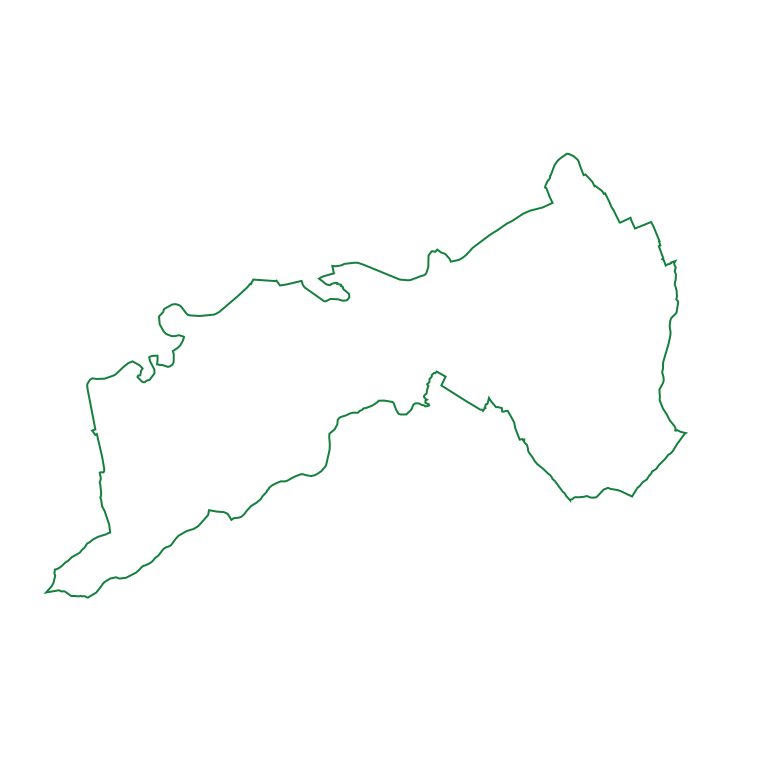 the district of Turceni, Gorj, Romania, rotated 278°
{"feature_id": "2599482B55128602353314", "entity_name": "Turceni", "entity_type": "district", "adm_level": 2, "iso_a3": "ROU", "parent_name": "Romania", "parent_adm1": "Gorj", "projection": "albers", "projection_center": [23.338, 44.708], "detail": "fine", "context": "isolated", "style": "outline", "palette": "green", "viewbox_px": 768, "rotation_deg": 278, "n_neighbors": 0, "source": "geoboundaries", "source_scale": "gbopen_adm2", "svg_char_len": 6144}
<svg xmlns="http://www.w3.org/2000/svg" viewBox="0 0 768 768"><g transform="rotate(278 384 384)"><path d="M619.5,554.4L618.6,552.6L628.4,547.2L630.9,546.2L633.1,544.4L636.0,540.1L637.5,535.0L637.5,533.1L631.2,526.4L628.9,524.7L624.4,522.4L614.0,520.1L613.1,519.5L611.7,519.8L609.4,519.0L607.9,517.8L603.0,516.3L601.0,516.1L600.6,517.5L592.2,522.1L586.8,525.7L580.8,516.4L576.0,504.6L572.0,498.1L563.7,488.7L559.7,483.1L552.0,474.8L546.6,468.3L531.0,452.7L523.4,447.6L519.9,444.3L517.3,440.9L514.5,433.3L517.3,431.3L521.0,427.0L521.6,425.4L522.2,422.1L524.5,418.0L522.1,416.4L522.2,412.9L517.5,410.2L505.9,411.6L499.4,410.4L498.0,409.4L497.0,408.0L496.2,405.9L493.0,400.3L492.1,398.1L491.1,396.9L490.1,393.8L489.6,385.2L499.4,346.6L500.4,341.2L500.0,338.0L497.4,327.9L496.1,326.3L494.7,322.9L493.9,319.9L493.7,316.4L486.6,319.0L482.2,309.0L480.5,306.4L479.2,305.0L477.1,309.1L475.0,312.2L474.5,314.1L474.3,316.9L475.7,317.9L477.4,321.7L477.5,323.5L476.7,323.5L476.2,327.8L475.0,327.8L474.4,329.7L472.8,330.2L471.7,331.4L468.4,336.8L465.2,337.6L462.3,336.2L461.4,334.7L460.7,331.3L461.5,327.1L460.8,319.1L457.8,314.9L457.6,313.3L468.6,291.9L471.1,289.7L474.6,288.0L469.0,273.6L467.1,267.3L471.4,263.2L470.8,262.2L469.2,240.0L464.3,238.3L464.6,237.5L461.0,235.4L450.4,226.8L432.3,210.7L430.1,207.9L429.0,205.7L425.7,192.1L425.0,183.1L425.1,180.3L426.4,178.4L432.5,172.2L433.6,170.1L434.1,166.5L433.3,163.3L428.1,156.4L427.5,155.8L424.3,155.2L419.6,151.8L411.8,153.6L405.3,158.6L403.2,161.3L401.9,166.8L402.2,169.9L403.8,174.3L403.0,179.2L402.7,179.5L399.0,178.8L394.2,177.0L391.5,175.1L387.2,170.3L384.7,171.5L379.6,172.3L376.4,172.6L373.7,171.8L371.6,169.4L370.9,167.7L372.0,161.4L371.5,159.6L372.0,157.7L371.8,156.6L377.6,156.3L380.5,155.7L379.7,151.0L378.5,148.4L377.8,147.8L373.9,149.2L366.4,154.6L362.5,155.2L355.5,151.3L354.5,148.9L352.5,146.7L352.3,145.3L352.6,144.2L356.3,139.2L357.1,138.9L358.1,139.4L358.4,140.9L358.8,141.4L363.1,141.6L365.8,142.8L368.5,139.4L371.4,131.8L369.1,127.9L364.6,123.6L356.7,117.4L355.0,115.5L350.4,106.6L349.0,98.7L349.0,94.4L347.4,92.4L343.3,90.4L341.5,90.2L337.3,91.3L298.8,104.5L297.2,101.5L293.4,105.2L294.5,106.6L272.7,115.0L261.2,118.7L259.0,119.0L257.5,118.5L257.0,115.2L256.4,114.8L252.1,116.5L249.8,116.7L246.9,116.1L245.4,116.9L237.1,119.0L233.8,119.4L232.5,118.9L231.3,119.2L230.3,119.9L223.6,121.9L219.0,125.2L206.6,131.4L198.7,133.5L197.9,131.7L196.5,129.8L193.0,122.3L189.5,117.4L186.4,114.6L184.8,112.3L180.1,110.1L178.0,108.2L174.6,106.2L169.2,99.1L165.1,95.9L162.7,93.1L158.7,90.1L156.6,87.9L154.7,85.0L154.5,83.9L150.6,84.0L148.4,85.1L141.2,84.4L137.8,83.2L130.5,78.4L134.5,90.8L133.7,93.5L134.2,96.0L134.0,97.1L130.5,103.9L131.0,106.8L131.2,111.2L131.9,113.2L131.7,114.6L132.2,116.8L132.0,118.2L131.2,119.7L131.3,120.5L137.4,128.1L143.1,131.5L147.3,133.5L149.3,135.2L153.1,139.7L155.3,145.5L154.5,149.1L156.2,155.5L162.7,164.7L166.0,167.6L169.0,169.5L170.5,171.1L171.6,173.7L174.4,177.6L176.4,179.5L179.7,181.5L182.8,184.5L190.0,188.6L192.0,191.0L193.6,194.3L195.2,195.8L201.4,199.1L205.1,201.6L211.0,209.2L213.8,215.4L216.4,218.7L218.3,220.5L229.8,228.1L234.7,228.3L234.4,235.7L234.8,243.3L234.2,245.9L233.3,247.6L228.2,251.8L230.2,253.9L231.5,259.0L232.8,261.3L235.4,263.6L239.5,265.8L244.8,269.5L248.8,274.4L252.9,278.0L255.7,279.2L260.9,282.8L262.1,283.0L264.1,284.5L265.4,284.8L268.1,287.4L270.8,291.1L273.3,295.5L273.6,298.9L274.6,301.4L279.6,308.0L283.1,314.2L283.3,316.7L282.8,320.0L282.7,324.6L283.9,327.8L285.3,330.0L288.9,334.0L294.1,337.4L296.0,338.0L311.4,339.3L317.0,338.7L324.0,337.1L327.2,336.9L332.3,341.5L337.4,343.4L342.0,343.2L344.1,344.3L345.3,345.8L347.8,351.1L349.5,353.4L350.9,356.1L351.6,358.9L351.8,362.0L354.1,363.9L355.4,366.0L356.9,367.0L358.0,370.1L360.9,375.3L364.7,379.6L366.8,381.3L367.6,386.7L367.4,394.8L367.0,395.7L366.1,396.4L360.5,399.4L356.6,402.4L356.1,404.6L357.0,410.4L361.7,414.1L364.2,415.3L365.5,415.3L367.6,416.0L369.3,417.9L369.6,421.5L368.4,424.4L368.5,426.4L367.5,428.1L368.7,431.1L369.0,431.6L370.1,431.2L371.2,427.6L373.4,427.4L374.4,428.7L374.7,427.7L376.6,425.4L377.4,425.3L378.8,425.9L380.6,427.5L384.5,427.5L388.4,428.2L389.5,426.8L389.9,426.8L392.2,428.7L395.5,428.4L396.9,429.7L398.3,430.3L399.6,430.1L400.9,431.1L402.0,432.3L401.9,433.0L402.4,433.7L403.6,434.4L399.9,444.0L390.5,441.0L378.4,467.9L372.0,483.0L372.2,484.6L371.1,485.8L373.3,486.9L374.0,486.8L374.3,487.8L376.0,487.3L378.0,487.7L378.5,489.0L379.4,489.3L384.8,489.9L381.5,492.7L376.6,498.2L377.0,499.6L376.6,504.0L373.2,504.9L373.2,506.2L374.6,509.3L374.6,510.3L364.2,518.2L358.4,520.2L347.8,526.1L348.8,528.9L347.6,529.6L348.3,530.6L346.3,530.8L345.5,531.4L343.5,534.1L340.0,535.6L338.6,535.7L336.3,537.1L331.8,541.5L328.5,544.1L326.1,546.8L322.1,553.5L318.0,559.1L316.9,561.2L314.8,563.3L313.5,564.0L311.8,566.6L302.1,576.1L301.1,577.9L298.5,580.0L294.7,584.5L295.2,584.4L296.1,586.4L297.7,587.8L298.6,589.3L298.9,592.4L299.9,596.9L301.3,600.7L300.3,604.2L300.6,607.1L301.4,610.1L310.2,616.4L311.6,619.2L312.2,619.7L312.3,620.5L311.7,622.6L311.5,629.6L310.9,633.2L307.1,645.3L316.4,649.4L318.7,651.5L322.7,653.8L326.1,657.6L329.6,659.1L332.4,661.0L334.7,661.7L337.7,665.3L342.1,667.6L348.9,672.8L353.5,675.4L354.6,677.0L357.3,679.1L366.3,683.1L376.7,688.8L377.4,689.6L377.9,684.4L379.1,680.8L378.4,679.5L378.5,678.9L380.4,678.9L382.7,677.5L387.6,672.2L392.9,668.5L398.6,663.6L406.6,659.1L409.1,659.1L416.8,657.5L424.0,660.2L426.5,660.5L430.1,659.7L434.3,657.8L438.0,658.1L444.3,657.4L464.0,660.3L472.3,660.8L475.4,660.5L481.0,658.8L486.6,658.7L489.1,659.2L495.1,663.7L505.7,664.0L506.9,663.5L508.6,661.7L511.8,661.9L517.3,660.7L523.2,658.1L525.6,657.9L527.5,658.4L533.3,657.8L536.1,656.2L540.0,656.7L542.1,655.2L544.0,654.5L546.3,655.4L544.5,651.8L544.1,651.2L543.6,651.5L542.3,649.6L542.2,648.6L540.5,646.5L545.5,643.8L546.3,642.2L547.3,643.1L558.7,637.0L559.6,638.4L563.4,636.5L563.7,637.0L576.7,629.4L581.6,626.0L572.9,610.9L579.8,606.5L582.9,605.0L576.7,595.5L576.8,594.8L588.5,586.8L590.9,584.6L595.6,581.9L603.6,576.4L602.9,575.2L604.4,574.2L605.9,572.4L609.7,565.4L609.2,564.9L613.2,562.2L619.5,554.4Z" fill="none" stroke="#15803d" stroke-width="2"/></g></svg>